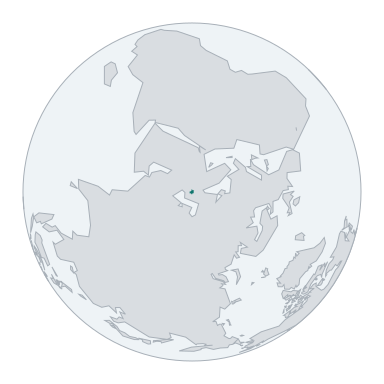 globe centered on Kəlbəcər, rotated 146°
{"feature_id": "AZE-1682", "entity_name": "Kəlbəcər", "entity_type": "District", "adm_level": 1, "iso_a3": "AZE", "parent_name": "Azerbaijan", "parent_adm1": "", "projection": "orthographic", "projection_center": [46.186, 40.056], "detail": "fine", "context": "on_globe", "style": "filled", "palette": "teal", "viewbox_px": 384, "rotation_deg": 146, "n_neighbors": 0, "source": "natural_earth", "source_scale": "10m", "svg_char_len": 10966}
<svg xmlns="http://www.w3.org/2000/svg" viewBox="0 0 384 384"><g transform="rotate(146 192 192)"><circle cx="192" cy="192" r="169" fill="#eef3f6" stroke="#a8b0b8"/><path d="M172.9,24.1L176.7,23.8L180.1,23.5L192.4,24.8L210.9,27.5L218.6,27.9L215.5,28.6L231.4,29.5L242.6,32.6L228.7,29.5L226.4,29.7L233.5,31.7L232.6,32.3L235.5,33.8L233.8,34.5L225.9,33.2L224.6,33.7L229.7,35.2L231.2,37.2L224.0,34.8L225.9,38.1L212.9,37.4L194.9,32.2L186.4,34.0L164.6,34.7L165.4,35.9L157.6,37.5L155.6,39.5L152.1,39.5L153.5,41.3L157.1,41.0L158.9,41.7L158.1,43.1L153.5,43.1L153.2,42.4L151.4,43.1L149.5,42.6L150.0,43.6L144.5,43.8L148.6,45.7L143.2,47.5L139.9,47.1L142.0,44.4L139.7,38.2L137.0,37.7L131.1,39.2L116.4,47.2L112.7,48.0L106.5,51.1L107.6,51.6L113.0,49.5L113.6,51.7L120.1,49.3L121.3,50.0L127.2,49.0L124.3,52.2L118.4,55.9L113.3,57.1L110.6,58.9L113.8,60.5L102.9,65.7L93.1,74.9L90.5,76.2L88.2,73.2L92.2,65.9L89.3,63.6L89.2,68.3L82.7,72.1L80.7,74.2L80.0,76.1L81.6,76.1L79.0,78.3L78.1,74.0L80.5,71.9L80.7,73.2L82.6,70.0L81.9,67.8L78.7,70.3L81.1,65.6L78.8,67.5L78.1,67.7L81.5,65.0L75.3,70.0L76.1,69.0L85.2,61.1L94.8,53.8L104.9,47.2L115.5,41.4L126.4,36.3L137.7,32.0L149.2,28.5L161.0,25.9L172.9,24.1ZM23.3,201.8L23.6,205.7L25.7,220.5L27.0,228.4L27.1,228.8L24.7,215.4L23.3,201.8ZM178.8,23.6L181.8,23.4L176.9,23.7L174.9,23.9L178.8,23.6ZM191.0,23.4L188.4,23.5L187.2,23.2L189.1,23.3L191.0,23.4ZM224.4,28.3L220.5,27.5L224.5,28.1L224.4,28.3ZM236.2,33.9L237.6,34.0L238.5,34.8L236.2,33.9ZM128.3,47.4L127.7,48.2L126.9,48.0L128.3,47.4ZM131.4,46.3L130.9,45.5L132.3,44.9L132.6,45.4L131.4,46.3ZM236.8,36.7L237.9,38.1L235.4,36.4L236.8,36.7ZM131.7,47.5L134.8,43.9L137.3,42.9L140.5,44.2L131.7,47.5ZM237.6,38.7L240.3,42.5L243.6,43.0L235.8,44.3L236.1,40.4L232.5,38.1L235.9,39.1L237.6,38.7ZM158.6,40.3L154.8,40.7L158.7,39.2L158.6,40.3ZM160.7,39.2L170.3,34.4L175.6,34.8L171.3,36.2L178.7,36.0L176.5,38.5L171.9,39.2L169.0,38.4L170.4,40.1L160.7,39.2ZM231.0,44.6L230.5,45.4L229.5,44.3L231.0,44.6ZM159.9,42.0L161.4,40.8L166.1,41.0L163.9,43.4L163.1,42.5L159.9,42.0ZM181.7,34.8L184.8,35.6L183.9,37.8L184.9,38.4L176.9,38.7L181.7,34.8ZM161.6,43.2L162.7,44.6L159.8,45.8L158.8,43.1L161.6,43.2ZM168.2,40.1L170.3,40.4L168.4,41.0L168.2,40.1ZM149.9,51.2L151.6,49.6L154.1,49.5L149.9,51.2ZM163.4,45.1L164.4,44.7L165.6,44.5L165.7,45.8L163.4,45.1ZM176.8,40.3L175.8,41.2L180.0,40.3L179.5,42.1L174.3,42.0L176.3,42.9L176.2,43.4L172.0,42.8L176.8,40.3ZM169.4,46.6L162.5,47.5L158.8,50.4L156.5,50.5L162.8,45.8L169.4,46.6ZM171.3,44.4L169.6,45.8L167.5,45.0L167.4,43.7L171.3,44.4ZM181.1,43.5L183.2,40.7L184.3,40.8L181.1,43.5ZM168.7,47.6L170.4,47.4L168.7,47.9L168.7,47.6ZM177.7,44.8L178.3,43.8L179.6,44.0L177.7,44.8ZM173.2,48.0L171.0,48.2L170.8,47.2L173.2,48.0ZM175.6,46.6L177.1,47.2L172.1,46.7L175.7,46.1L175.6,46.6ZM178.8,45.2L179.7,45.0L178.3,45.6L178.8,45.2ZM175.0,51.8L168.8,51.4L168.5,49.2L174.6,49.8L175.0,51.8ZM49.9,233.9L45.4,205.5L49.8,199.8L52.1,189.3L83.8,170.6L88.8,176.6L111.8,182.9L114.3,185.5L109.8,193.3L125.5,210.4L132.8,204.9L148.9,214.8L160.9,216.5L168.4,200.7L148.9,197.5L147.4,188.7L164.5,184.2L181.8,187.4L181.7,184.1L172.3,175.7L177.9,170.2L169.3,172.3L171.6,176.0L166.3,177.5L163.8,174.3L165.9,172.4L161.1,170.1L152.5,180.4L153.9,185.3L140.5,184.5L141.6,192.7L137.4,195.4L133.9,182.5L135.4,178.5L127.7,163.0L124.9,167.1L132.0,182.1L129.0,180.3L125.2,186.6L125.8,180.3L118.8,163.4L107.7,161.7L90.8,172.7L84.9,170.8L81.2,164.2L90.1,148.7L102.3,154.9L105.7,150.1L105.6,140.3L109.3,143.2L110.8,140.1L115.6,142.2L124.8,137.5L130.1,138.9L136.0,130.2L139.5,129.8L135.0,135.0L134.7,139.5L148.1,143.4L151.4,142.1L154.1,136.3L157.5,138.4L158.4,132.3L167.2,131.9L157.3,127.4L160.2,121.1L166.8,117.5L165.9,114.8L155.3,120.8L152.6,124.1L153.2,128.1L144.5,137.0L139.4,137.3L141.8,125.4L134.8,124.7L139.7,116.3L165.5,104.0L175.1,102.9L186.2,114.1L182.7,117.7L176.9,115.3L180.1,123.2L180.9,119.8L183.7,121.7L187.2,116.7L189.3,117.9L189.1,111.3L192.1,112.2L192.2,116.3L200.0,110.3L206.9,110.9L207.6,109.1L206.4,106.9L215.9,109.5L216.1,108.1L213.0,106.6L211.2,102.8L211.9,97.3L215.1,98.5L215.3,100.7L220.7,107.2L220.8,113.1L222.2,113.1L222.9,108.3L216.3,100.2L215.8,96.6L219.4,100.0L218.1,98.5L218.8,97.1L222.6,97.0L218.8,93.2L222.6,77.9L230.3,76.6L233.1,80.9L239.2,72.9L247.4,72.9L244.5,71.4L245.5,67.1L243.0,67.0L241.7,66.0L243.0,56.0L245.9,54.9L243.3,49.8L241.8,49.1L239.5,49.6L235.8,44.3L243.6,43.0L246.5,44.4L249.4,43.0L255.7,46.8L262.2,49.5L267.3,55.1L272.0,57.1L272.6,56.3L279.5,58.9L291.5,67.4L279.2,63.7L260.6,53.5L267.9,57.7L265.5,57.9L267.7,60.2L272.9,63.3L274.0,63.0L278.4,75.2L289.5,87.6L290.7,83.0L295.0,83.7L308.6,95.8L320.4,121.9L326.4,124.8L329.2,128.7L329.4,134.1L325.3,128.5L322.3,129.2L319.9,125.5L318.9,132.9L315.5,127.9L316.4,136.5L320.1,139.0L322.2,134.0L324.5,144.1L331.3,146.9L336.1,154.8L338.1,176.7L334.1,188.2L334.7,191.3L331.0,191.0L329.3,199.9L338.6,209.7L339.5,214.2L335.2,228.1L334.5,225.1L324.8,224.3L325.3,235.8L332.7,238.8L335.3,246.6L330.6,247.7L327.6,241.1L324.2,240.6L323.5,231.1L317.6,219.8L312.7,226.2L311.5,220.5L302.6,212.6L294.7,221.2L283.2,243.1L284.2,257.8L279.1,266.0L266.6,249.2L262.1,235.6L256.9,238.5L244.7,228.6L221.6,231.9L218.9,228.2L214.4,230.6L205.9,227.3L202.0,220.9L196.6,221.5L207.1,238.2L213.0,237.5L218.7,230.4L220.5,236.3L228.8,240.7L217.5,256.2L184.2,269.7L182.0,258.6L162.1,225.2L163.3,221.6L163.3,221.1L163.1,220.3L160.2,226.1L157.1,219.2L166.6,243.0L167.8,252.6L183.7,270.3L182.0,272.0L187.4,275.5L206.2,271.0L206.1,274.6L196.6,290.9L171.5,310.1L175.5,322.4L174.8,331.7L160.6,336.1L163.3,342.4L156.2,343.3L156.7,346.3L151.8,348.3L143.1,348.8L126.8,344.2L124.6,341.6L114.6,333.9L100.2,314.9L103.1,308.6L101.1,301.5L89.4,280.9L91.9,272.5L89.1,267.0L83.0,265.1L79.9,258.4L76.4,256.3L55.4,245.7L49.9,233.9ZM71.0,184.4L69.6,187.4L71.0,184.4ZM199.0,199.2L210.1,199.6L207.0,189.0L211.0,188.4L208.4,185.2L206.7,188.3L200.8,179.3L206.2,176.1L205.8,171.5L202.0,171.1L193.0,178.6L201.5,191.2L198.1,195.6L199.0,199.2ZM82.7,72.3L82.7,72.7L81.4,74.9L81.0,74.3L82.7,72.3ZM81.8,82.6L77.5,85.9L80.3,83.0L78.9,82.7L82.9,76.4L89.4,76.5L85.8,77.4L81.8,82.6ZM90.1,68.7L86.8,72.3L90.1,68.3L90.1,68.7ZM114.1,122.6L114.9,125.6L111.9,128.5L105.3,127.8L109.6,123.5L114.1,122.6ZM116.9,129.2L121.1,118.2L125.4,118.6L122.3,120.2L124.7,121.5L120.3,124.5L120.3,136.0L117.6,139.4L106.7,135.6L111.8,134.8L110.6,131.8L116.9,129.2ZM124.3,93.0L126.2,89.2L133.1,94.7L130.6,97.7L123.8,96.9L122.8,92.9L124.3,93.0ZM136.7,50.8L137.0,49.7L138.2,49.6L139.0,50.5L136.7,50.8ZM150.5,50.5L136.8,55.9L136.4,54.8L128.9,59.8L124.9,59.0L130.0,55.7L121.3,59.0L124.2,55.7L118.5,58.4L130.1,51.1L132.4,48.6L131.3,51.7L134.8,52.5L137.1,52.0L145.1,49.1L151.9,44.4L156.4,44.8L157.9,46.3L157.0,47.5L154.3,46.8L155.0,48.9L150.4,48.8L150.5,50.5ZM172.3,69.1L169.6,66.9L170.2,72.8L165.6,72.0L166.0,72.8L161.9,73.8L157.6,76.5L155.8,75.7L154.9,77.1L152.2,77.9L150.4,79.7L146.5,78.9L143.9,81.1L143.5,79.5L140.2,83.5L140.9,80.3L137.5,81.3L138.6,83.9L122.0,77.5L114.5,78.0L107.8,80.3L110.0,74.9L117.6,69.6L127.5,65.4L134.5,65.9L134.2,63.6L137.4,63.3L136.3,65.3L140.0,62.1L142.3,62.4L151.1,59.9L155.0,55.5L158.3,54.7L158.0,56.5L161.5,54.4L163.1,57.4L165.6,56.9L169.5,59.7L167.5,63.8L170.3,63.0L173.5,65.3L172.3,69.1ZM176.0,52.6L174.6,57.4L171.4,59.4L165.8,53.9L163.4,53.9L159.7,50.9L164.4,48.1L165.0,49.2L166.7,49.6L164.6,50.3L167.6,50.1L168.5,51.6L171.1,52.0L170.0,53.4L176.0,52.6ZM118.4,183.4L120.6,184.6L124.3,185.4L122.0,189.6L118.4,183.4ZM113.4,171.9L115.5,172.1L114.1,178.0L111.8,177.0L113.4,171.9ZM118.0,167.5L115.8,171.7L115.6,168.8L118.0,167.5ZM137.1,135.0L139.6,135.0L139.3,136.5L137.4,138.2L137.1,135.0ZM173.3,87.8L172.2,85.9L173.2,85.3L174.3,80.6L177.8,81.0L178.5,84.0L173.3,87.8ZM164.4,203.1L160.2,205.8L158.7,204.0L160.5,203.4L164.4,203.1ZM139.5,198.1L144.6,201.5L138.8,199.2L139.5,198.1ZM177.2,87.4L177.3,85.4L179.0,86.9L177.2,87.4ZM180.4,81.1L182.6,82.4L178.3,80.5L180.4,81.1ZM204.2,330.6L194.4,345.1L186.3,345.1L184.0,341.2L187.1,332.5L196.3,329.8L200.7,325.2L204.2,330.6ZM351.1,245.2L352.4,242.8L352.2,243.5L351.1,245.2ZM349.9,246.2L351.7,243.1L349.3,248.1L349.9,246.2ZM352.3,241.9L354.0,237.4L354.8,234.9L354.5,236.4L352.3,241.9ZM348.6,248.5L339.9,259.9L336.1,262.7L337.4,259.6L343.6,252.9L348.6,248.5ZM337.0,259.9L330.6,260.3L319.1,250.5L323.3,247.9L334.7,249.9L334.1,252.4L338.0,253.3L337.0,259.9ZM351.1,231.9L350.3,238.2L345.9,244.2L343.7,246.2L342.2,240.8L343.1,236.0L345.0,233.8L350.5,211.6L352.9,211.5L351.6,219.8L353.4,222.1L351.1,231.9ZM285.0,258.8L289.4,265.4L286.4,268.0L285.0,258.8ZM351.3,198.7L350.0,208.2L350.7,197.1L351.3,198.7ZM350.7,189.3L351.6,192.0L350.1,190.8L350.7,189.3ZM336.0,195.5L334.1,198.6L333.3,196.6L335.4,191.4L336.0,195.5ZM339.8,161.7L342.5,167.9L343.0,170.5L340.8,167.9L339.8,161.7ZM207.1,90.4L201.7,96.2L200.2,101.3L203.0,105.1L196.8,102.4L199.1,94.6L207.1,90.4ZM220.3,79.2L217.9,76.2L220.4,76.1L221.3,76.7L220.3,79.2ZM217.8,78.3L212.0,77.4L211.6,74.9L216.3,76.1L217.8,78.3ZM194.5,81.9L192.7,83.5L191.4,82.2L194.5,81.9ZM334.6,282.6L336.3,279.8L341.0,271.7L334.6,282.6ZM354.2,238.6L356.5,230.1L357.2,227.4L354.2,238.6ZM360.3,207.2L360.3,206.3L360.7,201.7L360.1,204.9L360.8,197.9L360.8,199.2L360.3,207.2ZM358.5,216.4L358.4,218.1L358.0,218.4L358.5,216.4ZM359.1,213.6L359.8,210.8L358.9,215.3L359.1,213.6ZM354.4,221.4L355.0,223.8L356.7,217.6L355.4,223.8L356.1,227.0L355.5,230.1L354.9,226.4L353.9,233.8L353.0,235.4L353.0,230.8L354.1,222.3L354.9,217.7L357.8,209.4L354.4,221.4ZM359.3,209.3L359.0,206.3L359.1,202.7L359.5,203.6L359.3,209.3ZM357.2,199.7L355.4,197.8L354.5,202.4L355.6,190.1L357.3,193.9L357.2,199.7ZM354.5,191.5L353.7,195.8L354.0,189.2L354.5,191.5ZM353.1,194.8L352.2,191.6L353.2,190.1L353.1,194.8ZM355.1,190.4L353.9,184.1L355.1,186.5L355.1,190.4ZM349.8,184.9L353.3,186.2L350.0,189.3L346.4,178.5L347.5,175.9L349.8,184.9ZM334.0,127.2L331.7,124.7L331.8,121.8L333.3,124.3L334.0,127.2ZM329.8,111.3L331.1,120.3L331.7,128.1L333.1,127.9L336.1,134.3L332.2,131.7L329.4,122.5L329.5,117.6L326.4,112.8L324.5,107.2L320.1,102.6L318.3,99.1L322.3,101.9L329.8,111.3ZM318.1,100.8L309.7,92.0L311.2,89.2L313.4,90.5L316.6,95.6L315.7,96.8L318.1,100.8ZM308.1,89.2L307.1,90.3L292.5,82.1L289.8,79.8L301.7,83.9L301.3,85.3L304.7,88.0L308.1,89.2ZM232.3,45.8L230.7,45.5L232.0,45.1L232.3,45.8ZM240.3,66.1L238.7,64.7L240.4,64.1L240.3,66.1ZM235.4,60.6L234.6,62.2L234.1,60.0L235.4,60.6ZM233.0,65.9L233.6,62.6L235.0,66.5L233.0,65.9Z" fill="#d9dde1" stroke="#a8b0b8" stroke-width="1"/><path d="M191.1,192.1L191.3,192.1L191.4,191.9L191.5,191.8L191.5,191.7L191.5,191.4L191.4,191.4L191.5,191.2L191.6,191.3L191.8,191.3L192.1,191.3L192.3,191.3L192.5,191.4L192.8,191.2L192.8,191.3L192.7,191.4L192.7,191.5L192.8,191.7L192.8,191.8L192.9,191.7L193.0,191.7L193.1,191.8L193.2,192.0L193.3,192.1L193.2,192.1L192.9,192.2L192.9,192.3L192.8,192.2L192.7,192.2L192.6,192.3L192.4,192.4L192.2,192.4L192.1,192.5L191.9,192.5L191.7,192.5L191.6,192.4L191.6,192.5L191.4,192.7L191.3,192.8L191.3,192.7L191.2,192.6L191.0,192.4L190.9,192.3L190.7,192.3L190.6,192.2L190.8,192.1L191.1,192.1Z" fill="#14b8a6" stroke="#0f766e" stroke-width="1.5"/></g></svg>